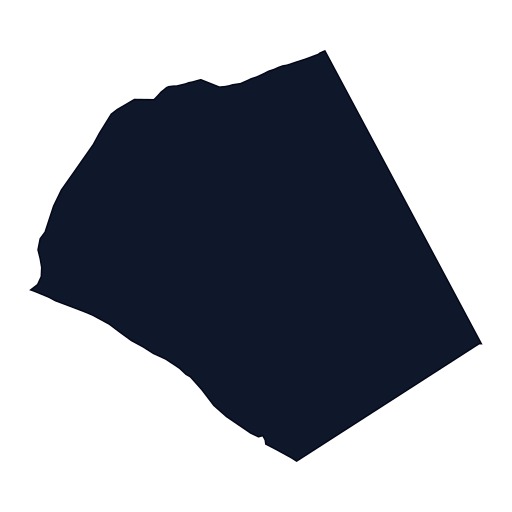 Portalese, Choiseul, Saint Lucia
{"feature_id": "8701671B31198157043754", "entity_name": "Portalese", "entity_type": "district", "adm_level": 2, "iso_a3": "LCA", "parent_name": "Saint Lucia", "parent_adm1": "Choiseul", "projection": "albers", "projection_center": [-61.054, 13.78], "detail": "fine", "context": "isolated", "style": "filled", "palette": "ink", "viewbox_px": 512, "rotation_deg": 0, "n_neighbors": 0, "source": "geoboundaries", "source_scale": "gbopen_adm2", "svg_char_len": 1027}
<svg xmlns="http://www.w3.org/2000/svg" viewBox="0 0 512 512"><path d="M481.3,343.7L324.9,50.9L321.7,52.2L323.6,51.7L320.2,52.9L318.2,54.4L305.0,59.3L296.6,62.0L287.0,65.2L282.8,65.9L278.6,67.4L274.2,69.4L268.7,71.2L262.6,74.3L256.4,77.1L251.1,78.8L248.5,80.1L240.6,83.6L232.6,84.8L229.3,85.8L225.1,86.6L219.4,87.1L200.8,79.7L197.1,80.7L192.6,82.0L188.8,82.7L185.6,83.9L176.5,86.1L173.6,86.1L168.7,86.7L166.6,87.6L163.9,89.9L161.2,92.0L157.9,95.7L154.0,99.7L134.4,99.5L117.3,109.5L111.3,114.1L99.4,133.3L93.4,144.4L74.1,172.0L61.4,190.0L53.6,206.1L45.1,232.1L40.2,238.7L38.0,249.8L40.2,258.6L41.7,267.4L41.3,276.6L37.6,284.6L30.7,289.9L33.6,290.9L48.7,297.1L55.4,300.7L83.2,311.2L92.2,314.9L109.2,324.1L120.6,332.7L131.5,340.6L143.0,346.8L153.5,353.5L165.6,359.0L179.5,368.2L186.1,374.4L190.4,376.8L201.8,389.6L213.9,405.5L226.5,416.6L250.7,433.1L258.5,436.8L262.8,435.6L265.2,439.9L265.8,444.1L274.2,448.4L291.1,457.6L296.6,461.1L372.0,412.6L479.1,343.7L481.3,343.7Z" fill="#0f172a" stroke="#020617" stroke-width="1.5"/></svg>